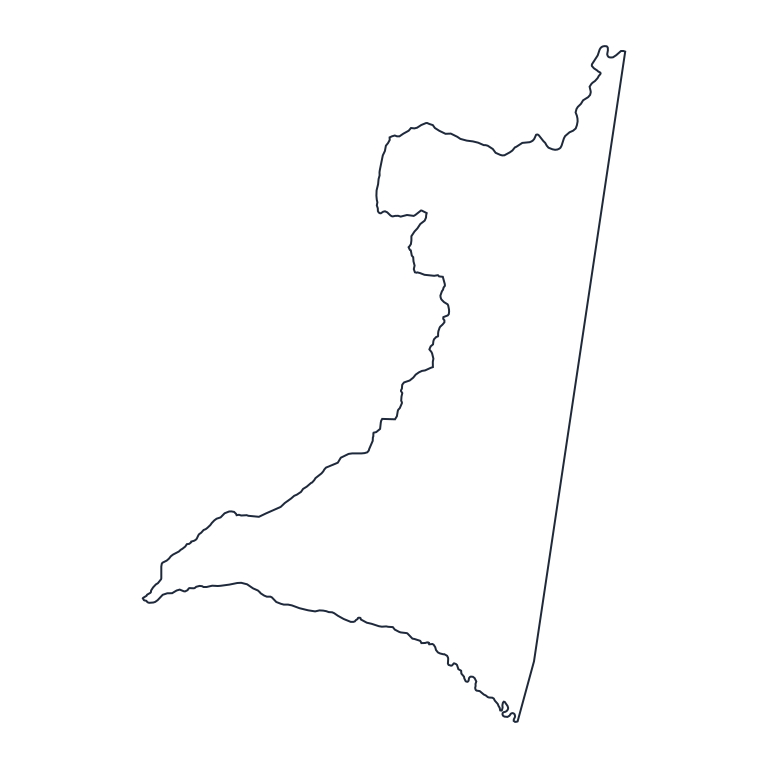 Paratebueno, Cundinamarca, Colombia
{"feature_id": "7082276B37141282912901", "entity_name": "Paratebueno", "entity_type": "district", "adm_level": 2, "iso_a3": "COL", "parent_name": "Colombia", "parent_adm1": "Cundinamarca", "projection": "albers", "projection_center": [-73.225, 4.477], "detail": "fine", "context": "isolated", "style": "outline", "palette": "slate", "viewbox_px": 768, "rotation_deg": 0, "n_neighbors": 0, "source": "geoboundaries", "source_scale": "gbopen_adm2", "svg_char_len": 6088}
<svg xmlns="http://www.w3.org/2000/svg" viewBox="0 0 768 768"><path d="M427.1,123.0L425.9,123.1L421.3,125.0L417.1,127.7L414.4,128.4L411.0,128.0L408.7,130.7L403.3,133.7L399.5,136.3L396.9,136.3L394.8,135.5L392.0,136.3L389.6,137.4L389.7,140.0L388.0,143.1L385.9,145.7L384.9,151.0L382.8,155.4L379.8,170.2L379.5,172.3L379.6,175.4L378.6,179.0L378.1,184.2L376.6,190.3L376.4,195.7L376.8,199.9L377.4,202.3L376.8,205.4L377.8,208.3L377.9,211.1L378.7,212.5L379.9,213.2L380.8,213.3L383.2,211.7L385.0,211.3L387.2,212.3L390.5,215.5L392.0,216.3L392.8,216.4L395.1,215.9L398.1,215.8L400.7,216.6L407.0,215.0L413.7,215.9L415.3,215.0L421.0,210.5L421.8,210.6L426.7,213.1L426.2,215.0L426.0,217.6L424.7,220.6L420.3,224.0L417.4,228.4L414.5,231.5L411.4,236.2L411.4,240.5L410.9,244.1L409.7,246.0L408.6,247.2L409.6,249.4L410.1,250.1L410.8,250.4L411.8,255.6L413.2,257.2L413.5,261.4L414.6,265.6L413.8,269.1L414.9,272.3L416.6,272.7L417.4,272.4L420.1,273.1L424.5,274.8L434.2,275.8L437.9,275.2L439.1,276.4L442.8,276.8L444.8,284.1L444.9,285.8L443.6,287.5L443.0,289.7L441.9,291.3L440.4,295.6L440.6,297.3L441.2,299.1L442.0,300.1L444.0,302.1L447.6,304.3L448.2,305.5L449.0,309.5L449.1,311.7L448.8,314.1L447.8,315.4L443.4,317.1L443.2,318.3L443.3,319.0L444.4,320.3L444.4,322.3L442.6,324.5L440.2,326.7L439.6,327.7L438.4,331.2L438.1,333.4L438.1,336.0L437.9,336.4L436.2,337.0L434.0,339.3L433.4,341.1L433.0,344.4L430.7,346.3L429.6,348.8L429.4,349.5L431.3,351.8L432.1,353.4L433.4,358.7L432.8,361.9L432.9,367.1L430.8,367.8L425.1,370.4L422.0,370.9L419.0,372.3L415.7,374.6L413.3,377.6L409.7,380.5L404.1,382.4L402.9,383.8L402.2,384.9L401.9,388.6L401.0,390.4L401.0,391.1L402.3,393.1L401.5,396.5L401.2,400.7L401.9,402.3L401.9,403.2L399.8,408.1L398.3,409.7L397.8,410.9L396.9,416.2L395.0,419.3L382.2,418.9L381.2,420.7L380.8,422.5L380.1,428.9L376.2,432.1L373.6,432.7L373.4,433.2L373.3,436.5L372.9,437.3L372.7,440.9L369.2,449.0L368.8,450.5L367.3,452.3L364.6,453.1L361.5,453.4L352.2,453.4L348.6,453.9L340.8,457.7L337.8,462.7L326.0,467.6L324.3,469.5L323.3,471.3L321.5,473.4L315.5,478.1L314.2,480.2L312.1,482.5L311.0,483.0L306.7,486.7L303.1,488.9L301.0,491.9L296.8,494.7L294.2,495.8L291.1,498.5L284.8,503.0L280.7,506.9L265.8,513.5L258.9,516.8L248.4,515.8L246.7,515.2L241.2,515.5L239.0,514.8L236.6,515.2L236.1,513.9L234.1,511.9L231.3,511.4L229.1,511.5L224.6,513.3L220.6,517.4L216.6,518.7L214.3,520.4L211.8,523.0L210.3,525.1L207.1,528.1L205.6,529.2L203.6,530.0L201.2,532.7L199.1,534.2L198.4,535.2L196.7,538.8L195.6,539.9L194.0,540.8L191.2,541.6L191.1,542.3L189.3,543.8L186.8,544.2L185.3,546.5L182.4,548.8L180.7,549.8L178.9,551.5L173.0,554.6L170.8,556.3L169.0,558.6L166.7,560.6L162.5,562.7L161.8,563.7L161.3,566.5L161.3,578.3L161.1,579.2L157.9,583.2L155.9,584.4L153.1,587.4L151.1,590.5L150.9,592.1L150.4,592.8L147.1,594.7L146.5,595.8L143.2,597.8L142.8,598.3L143.9,600.1L144.4,600.4L146.3,600.8L147.4,602.1L148.3,602.6L149.5,602.8L153.4,602.5L155.2,601.9L157.6,600.2L162.7,594.8L167.2,593.3L172.1,593.2L176.6,590.5L179.7,589.6L183.9,591.3L185.1,591.4L187.5,590.2L188.7,588.5L189.4,588.1L193.9,588.3L194.9,587.9L196.2,586.8L199.6,585.9L202.1,586.2L203.5,587.0L206.6,587.0L212.2,585.7L217.8,586.0L220.5,585.8L229.4,584.6L237.3,583.0L241.2,582.8L247.1,584.3L253.1,588.4L257.9,590.5L260.2,592.6L260.5,593.2L264.2,595.6L266.9,596.7L270.5,596.7L271.9,597.4L276.3,602.0L280.9,603.8L283.8,604.6L288.1,604.6L291.9,605.4L299.5,608.2L308.1,610.3L315.1,611.4L319.5,610.4L323.2,610.6L326.3,611.2L328.8,612.1L332.2,612.3L334.2,613.2L337.8,615.7L343.7,619.0L350.8,621.9L353.3,621.9L354.8,621.4L355.9,620.1L357.5,619.1L357.9,618.1L358.8,617.7L360.0,617.8L360.5,618.1L360.9,619.5L366.8,622.7L371.6,623.8L378.9,626.2L381.9,626.7L386.2,626.4L388.2,626.8L392.8,627.1L394.8,629.6L399.0,631.8L400.6,632.4L406.6,633.1L407.4,633.4L412.4,638.6L414.5,639.0L420.1,640.8L420.6,641.4L421.4,643.1L425.1,643.0L427.0,642.4L428.0,642.4L428.9,642.8L428.7,643.5L429.2,644.3L432.4,644.0L433.6,644.7L435.2,647.1L436.0,650.0L437.9,652.4L439.9,653.4L443.4,654.3L444.3,654.2L447.1,655.8L448.0,657.6L448.2,658.9L447.9,663.6L448.6,664.9L451.1,665.7L452.1,665.4L453.8,663.4L454.4,663.4L456.2,664.2L457.0,665.0L458.4,669.2L461.1,670.7L461.4,673.6L464.0,676.7L464.3,678.4L465.6,681.1L466.1,681.5L467.3,681.8L468.1,681.4L468.6,680.6L469.0,678.2L469.8,677.1L470.8,676.6L472.9,676.8L474.6,678.1L476.3,681.5L475.5,683.9L475.6,686.1L475.2,687.6L475.3,688.8L475.8,690.0L476.6,690.6L479.7,691.1L483.9,694.6L485.7,695.4L487.8,697.1L489.0,697.5L492.3,697.7L493.8,698.6L494.8,700.6L497.7,703.9L498.7,706.3L499.6,707.6L500.2,710.4L501.3,710.6L501.9,710.2L502.6,707.6L502.4,705.2L502.9,702.8L503.7,701.7L504.7,701.9L507.5,705.9L508.1,707.7L508.1,708.5L507.8,709.5L507.0,710.7L505.6,711.7L503.3,712.3L502.9,712.8L502.6,713.2L502.5,714.5L503.0,715.7L504.4,716.6L507.5,716.9L509.5,715.7L510.7,713.9L511.4,713.4L512.4,713.1L513.6,713.4L514.6,714.3L515.1,716.2L514.9,717.2L513.8,719.4L513.7,720.9L515.1,721.9L516.8,721.7L517.6,721.4L534.0,661.3L625.2,51.6L623.4,51.0L621.0,51.0L616.2,55.2L613.0,57.3L611.0,57.5L609.3,57.3L608.4,56.8L607.6,55.7L607.2,54.2L607.9,50.3L607.8,47.8L607.4,47.0L606.7,46.3L604.6,46.1L602.9,46.4L601.5,47.1L600.6,48.0L599.7,49.4L597.7,55.4L592.0,64.2L591.8,65.1L591.9,66.0L593.9,68.3L597.2,70.5L598.1,71.4L600.3,72.6L600.6,73.3L600.3,74.2L598.8,75.9L597.6,78.1L595.0,81.0L592.6,82.7L591.4,83.9L589.6,86.7L590.7,91.4L590.7,92.5L590.1,94.9L588.2,97.1L583.1,100.3L580.9,103.9L577.8,106.9L576.5,109.0L575.6,112.4L576.9,115.8L577.5,118.7L577.6,121.5L576.9,125.2L575.7,128.5L573.1,130.7L569.5,132.3L565.1,136.1L563.9,138.4L561.6,145.6L560.5,147.7L559.4,148.6L557.5,149.5L555.1,149.8L552.5,149.3L548.5,147.7L546.7,145.6L545.2,142.9L543.3,141.0L538.9,135.4L538.0,134.7L537.1,134.5L536.1,134.8L534.2,139.0L532.7,140.7L531.1,141.6L529.6,142.2L522.3,142.9L516.3,146.8L514.9,147.4L512.4,150.5L509.9,152.3L504.4,155.3L502.2,155.4L500.3,154.9L495.6,152.8L492.8,149.0L487.7,145.7L485.4,145.1L483.7,145.1L478.2,142.7L472.9,141.4L466.7,140.6L460.4,138.9L457.3,136.8L450.8,133.6L445.5,133.8L439.3,130.8L434.9,128.0L432.8,125.1L429.4,124.0L427.1,123.0Z" fill="none" stroke="#1e293b" stroke-width="2"/></svg>